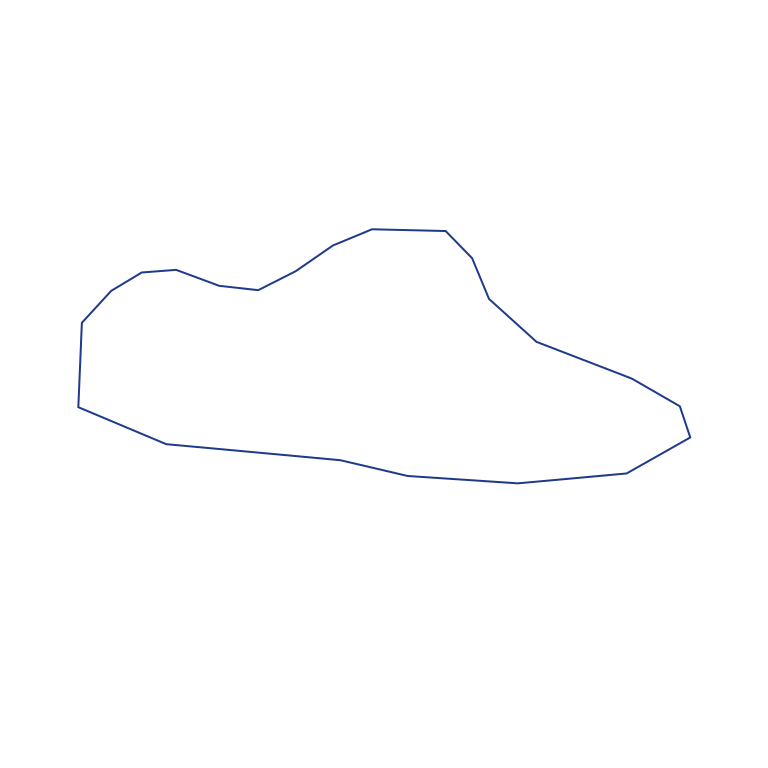 SVG path tracing the border of Rota, rotated 208°
{"feature_id": "MNP-4937", "entity_name": "Rota", "entity_type": "state/province", "adm_level": 1, "iso_a3": "MNP", "parent_name": "Northern Mariana Islands", "parent_adm1": "", "projection": "mercator", "projection_center": [145.214, 14.157], "detail": "fine", "context": "isolated", "style": "outline", "palette": "blue", "viewbox_px": 768, "rotation_deg": 208, "n_neighbors": 0, "source": "natural_earth", "source_scale": "10m", "svg_char_len": 441}
<svg xmlns="http://www.w3.org/2000/svg" viewBox="0 0 768 768"><g transform="rotate(208 384 384)"><path d="M386.8,296.2L548.1,228.6L643.0,220.0L679.5,296.2L668.6,338.2L650.3,368.7L621.1,387.2L575.6,393.3L539.1,407.8L514.9,442.2L494.1,482.4L467.2,515.0L401.4,548.0L365.2,536.4L331.2,508.4L269.1,492.8L167.7,505.1L112.3,503.2L88.5,480.6L127.8,418.9L219.4,359.0L319.9,313.9L386.8,296.2Z" fill="none" stroke="#1e3a8a" stroke-width="2"/></g></svg>